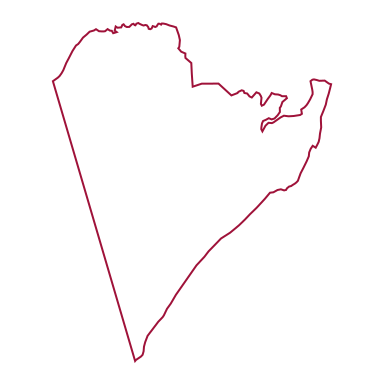 Ngerdelolk, Palau
{"feature_id": "81905179B51546394317477", "entity_name": "Ngerdelolk", "entity_type": "district", "adm_level": 2, "iso_a3": "PLW", "parent_name": "Palau", "parent_adm1": "", "projection": "equal_earth", "projection_center": [134.259, 7.007], "detail": "fine", "context": "isolated", "style": "outline", "palette": "rose", "viewbox_px": 384, "rotation_deg": 0, "n_neighbors": 0, "source": "geoboundaries", "source_scale": "gbopen_adm2", "svg_char_len": 2490}
<svg xmlns="http://www.w3.org/2000/svg" viewBox="0 0 384 384"><path d="M135.1,361.0L136.0,359.9L140.9,356.6L142.6,354.8L143.6,351.3L144.0,346.6L145.2,342.1L147.6,335.8L157.1,323.3L158.3,321.7L162.7,317.1L163.9,315.3L167.0,308.8L170.7,303.7L172.0,301.5L175.9,294.8L178.0,291.8L196.5,265.3L204.4,256.8L208.6,251.3L216.2,243.5L221.0,238.5L224.6,236.2L230.1,232.7L238.9,225.4L244.8,219.7L250.1,214.1L256.6,207.8L264.9,198.8L270.0,192.7L273.4,192.3L277.5,190.0L280.9,189.3L284.1,190.4L286.1,189.9L286.9,188.4L289.0,186.6L291.2,186.0L292.6,185.0L294.9,183.6L296.4,182.4L297.9,180.8L299.0,177.7L300.6,173.3L303.4,167.9L306.7,161.2L308.8,156.3L309.2,152.4L310.7,148.8L312.7,145.8L315.7,147.7L317.4,144.5L318.7,141.8L319.5,138.2L320.0,133.6L321.2,127.4L320.9,120.8L320.9,117.0L323.4,110.9L325.8,104.6L326.9,99.3L328.7,93.7L330.2,87.9L331.1,84.2L328.9,83.6L324.7,80.6L319.3,80.8L316.7,80.0L314.0,79.4L312.4,79.7L310.5,81.2L312.2,89.4L312.6,92.0L312.6,94.2L310.1,99.4L307.9,103.2L306.5,105.2L304.5,107.3L301.2,109.5L301.9,113.8L300.1,115.0L293.7,116.0L288.5,116.3L283.9,115.7L280.6,117.4L273.5,122.4L271.9,123.1L268.5,122.8L265.5,125.7L262.4,131.4L261.3,129.2L261.4,127.2L262.0,123.4L263.1,121.0L265.9,119.8L268.8,118.2L271.6,119.4L274.5,118.5L277.7,115.2L279.9,112.0L279.8,107.9L280.9,106.4L282.4,102.0L286.9,98.2L286.1,96.2L282.0,96.2L280.3,95.2L278.1,94.5L274.9,94.3L271.7,93.0L270.4,95.4L267.8,98.9L264.0,104.6L261.8,105.7L260.9,103.9L261.5,97.7L260.8,95.9L259.3,93.5L256.4,92.3L251.8,97.5L249.5,96.4L247.2,93.5L244.4,93.0L243.6,90.9L241.7,90.3L238.7,91.7L237.4,92.9L237.4,93.1L231.4,95.4L218.5,83.6L201.7,83.7L192.7,86.7L191.8,73.6L191.3,63.0L185.5,58.0L185.3,56.4L185.4,53.5L181.2,51.7L178.3,48.3L179.3,46.8L179.9,40.1L178.8,35.1L176.1,27.4L173.5,26.5L169.6,25.5L166.3,24.2L163.6,23.6L161.9,23.5L161.1,24.6L159.8,23.8L158.4,23.7L157.5,24.9L156.6,26.4L155.2,27.0L154.1,26.5L152.7,26.1L151.6,28.5L150.2,29.2L148.7,28.8L148.3,27.2L146.8,25.3L145.3,25.0L143.6,25.5L142.3,25.1L140.8,24.4L139.3,23.7L138.3,23.0L136.4,23.7L135.4,25.3L134.6,25.1L133.5,23.8L131.9,24.3L129.3,26.9L126.8,27.0L125.0,26.1L123.6,24.3L122.4,24.9L121.2,27.4L117.5,27.7L115.7,26.5L114.7,30.6L116.7,32.1L114.9,32.7L113.2,33.2L111.8,30.8L109.9,30.6L107.6,29.1L105.1,31.2L103.8,31.4L101.7,31.4L99.0,31.2L96.0,29.2L93.9,30.5L89.6,31.7L86.6,34.6L83.0,37.6L79.9,41.9L78.2,44.0L76.0,45.5L72.5,51.0L68.7,58.4L66.3,62.9L63.3,70.2L61.6,73.2L59.6,76.0L57.8,77.7L52.9,81.2L135.1,361.0Z" fill="none" stroke="#9f1239" stroke-width="2"/></svg>